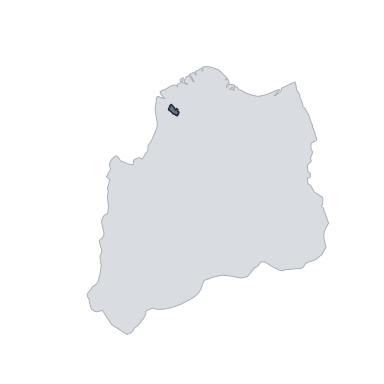 Biase, Cross River, Nigeria (highlighted), rotated 158°
{"feature_id": "59680162B11436342937739", "entity_name": "Biase", "entity_type": "district", "adm_level": 2, "iso_a3": "NGA", "parent_name": "Nigeria", "parent_adm1": "Cross River", "projection": "mercator", "projection_center": [8.001, 5.543], "detail": "fine", "context": "in_parent", "style": "filled", "palette": "slate", "viewbox_px": 384, "rotation_deg": 158, "n_neighbors": 0, "source": "geoboundaries", "source_scale": "gbopen_adm2", "svg_char_len": 4754}
<svg xmlns="http://www.w3.org/2000/svg" viewBox="0 0 384 384"><g transform="rotate(158 192 192)"><path d="M305.7,84.3L316.2,99.1L318.4,110.0L319.2,115.4L321.0,116.1L324.2,116.3L326.6,117.4L328.0,119.2L328.9,120.9L329.1,121.9L328.4,128.4L327.6,130.8L328.1,134.0L327.9,135.4L327.6,136.3L326.1,137.4L324.1,138.5L319.3,141.6L318.0,142.0L316.0,142.1L314.3,142.9L312.2,144.6L307.8,150.8L304.0,157.1L301.3,167.2L297.9,170.4L297.3,173.2L296.8,179.5L296.3,181.4L295.8,181.9L292.2,183.1L290.1,184.6L288.9,187.4L287.3,197.1L286.7,198.7L285.6,200.4L283.7,202.2L282.2,203.2L278.0,203.9L274.1,211.2L274.1,212.4L272.4,219.0L269.4,224.0L269.1,227.2L265.4,231.6L263.4,234.6L265.4,237.7L265.6,238.2L259.1,243.4L258.7,244.2L258.5,247.9L258.0,248.9L256.8,250.2L255.0,251.7L253.3,252.8L251.3,253.6L249.3,253.9L248.3,253.4L247.6,252.3L246.6,247.9L246.0,246.9L244.8,246.0L239.8,241.1L236.8,239.4L236.1,239.5L235.6,240.0L234.8,242.5L233.9,243.4L232.3,243.7L229.6,243.7L227.6,243.4L227.1,242.9L226.1,241.0L220.0,245.4L217.8,246.4L215.0,251.7L211.1,254.3L208.5,256.6L201.3,263.8L199.8,265.9L198.4,269.0L195.3,282.5L190.4,290.9L189.7,292.7L189.4,292.6L188.7,293.4L186.8,292.9L186.0,291.3L184.8,291.1L182.7,288.8L182.3,289.2L184.5,295.0L183.7,297.2L177.6,297.3L172.3,298.1L168.8,298.0L166.9,297.2L166.1,295.0L165.8,295.2L165.7,296.4L164.5,297.3L160.5,297.5L158.7,296.0L157.3,294.3L155.7,293.6L156.0,294.3L157.7,295.9L157.5,298.2L154.3,300.9L152.2,301.1L150.9,299.9L150.3,298.0L149.9,295.2L149.1,293.4L148.6,293.4L149.2,296.4L149.2,299.3L150.8,301.5L148.4,302.2L145.5,302.3L145.2,301.4L144.8,299.6L144.3,299.1L143.7,302.2L137.9,303.1L137.1,303.0L136.9,302.4L137.3,301.5L137.2,300.1L135.9,301.2L135.7,303.4L135.0,303.7L132.8,303.4L130.3,302.3L126.4,299.6L121.5,295.2L120.7,293.2L119.4,290.8L116.8,284.1L117.3,283.8L118.4,284.1L119.0,283.5L117.0,283.0L116.5,282.6L116.4,281.1L116.5,279.3L119.5,278.3L120.2,277.2L120.7,276.1L116.9,277.8L113.4,275.9L112.6,274.8L113.0,273.9L117.1,273.8L118.5,272.9L117.6,272.6L116.1,272.7L115.5,272.1L115.6,270.7L115.0,271.0L114.4,272.3L112.0,273.2L110.6,272.3L110.5,270.3L110.2,269.4L109.0,268.7L104.8,263.4L99.6,259.0L95.0,255.9L88.0,254.5L73.3,254.5L72.5,254.1L73.4,253.4L74.7,253.0L79.4,250.5L78.6,250.2L73.7,251.7L72.0,251.9L69.8,254.8L55.4,255.5L55.4,254.1L56.0,250.2L56.9,247.5L56.0,244.3L55.7,241.3L56.3,240.4L56.5,239.3L56.4,231.7L57.2,230.6L57.2,229.8L55.7,226.6L55.7,224.1L55.4,221.7L54.9,220.6L55.5,211.4L55.3,209.1L55.8,207.5L56.0,203.5L56.0,199.5L56.9,193.4L63.1,192.5L64.6,190.1L65.5,187.0L65.2,184.0L67.2,181.3L69.7,179.0L69.6,176.4L70.3,175.6L71.4,175.0L73.1,174.7L74.9,173.4L75.9,171.1L76.9,167.5L75.3,165.0L75.4,164.4L76.0,163.0L77.0,161.7L77.7,161.2L79.5,161.6L80.1,161.0L81.3,157.0L81.2,156.0L79.5,153.3L78.6,146.0L78.1,145.0L76.8,143.7L73.3,138.6L73.4,136.2L74.8,133.1L75.8,131.6L77.1,130.7L77.4,130.0L77.0,129.1L76.3,128.5L76.2,127.1L76.8,125.1L76.6,123.0L77.0,112.0L79.8,109.8L83.9,106.2L86.0,102.4L87.1,99.6L88.5,90.1L90.6,89.1L94.7,85.6L100.3,83.6L104.0,83.0L110.4,83.4L113.6,83.0L116.3,81.1L117.6,80.6L119.3,80.3L135.2,85.2L136.7,85.0L137.9,85.4L139.9,86.7L144.5,91.3L149.5,98.4L151.0,99.9L152.5,100.7L154.1,101.0L155.3,100.9L156.4,100.2L157.9,98.9L160.3,98.3L162.2,98.4L172.1,92.9L173.0,92.9L179.1,94.0L187.4,99.5L194.2,103.1L198.9,104.3L204.5,105.1L214.0,105.4L221.2,97.7L223.9,96.0L227.1,94.5L233.8,93.1L244.9,92.1L255.3,92.6L261.7,93.9L268.5,96.4L271.5,98.8L276.1,99.2L279.4,98.7L280.5,96.3L283.8,93.2L288.8,90.3L292.8,88.3L296.2,87.4L299.2,85.1L301.5,84.3L305.7,84.3ZM160.9,300.5L158.6,301.2L157.2,301.0L159.2,297.9L160.2,298.6L161.5,298.9L160.9,300.5Z" fill="#d9dde1" stroke="#a8b0b8" stroke-width="1"/><path d="M175.0,269.8L175.0,270.0L174.9,270.1L174.9,270.3L174.8,270.5L174.7,270.6L174.5,270.8L174.3,270.9L174.3,271.0L174.4,271.3L174.5,271.3L174.7,271.6L174.8,271.7L174.9,271.8L175.0,271.9L175.0,272.1L175.0,272.3L175.0,272.5L174.9,272.8L174.9,273.0L174.9,273.3L174.9,273.5L174.8,273.9L174.7,273.9L174.8,274.0L174.8,274.3L174.8,274.5L174.9,274.9L174.9,275.0L176.2,274.4L176.8,274.3L176.8,275.6L176.8,275.9L176.8,276.4L177.1,277.8L177.9,279.1L177.8,279.4L178.1,280.2L178.2,280.6L178.3,280.8L179.2,280.8L180.2,280.1L180.6,280.0L180.7,279.9L180.9,279.1L180.9,278.9L182.0,278.3L182.1,278.2L182.5,278.0L182.8,277.0L182.9,276.8L182.8,276.5L182.7,276.4L182.4,276.3L182.3,276.0L182.2,275.9L181.3,274.5L181.1,273.6L180.7,272.9L180.4,272.3L180.2,271.8L180.2,271.7L179.7,271.1L179.6,270.8L179.3,270.7L179.1,270.6L178.6,270.4L178.4,270.1L178.4,269.9L178.2,269.3L177.9,269.2L177.6,268.8L177.7,268.6L177.2,268.3L176.9,268.3L176.9,268.5L176.9,268.8L176.8,269.0L176.3,269.3L176.2,269.3L175.9,269.2L175.7,269.2L175.6,269.3L175.4,269.4L175.2,269.5L175.0,269.8L175.0,269.8Z" fill="#64748b" stroke="#1e293b" stroke-width="1.5"/></g></svg>